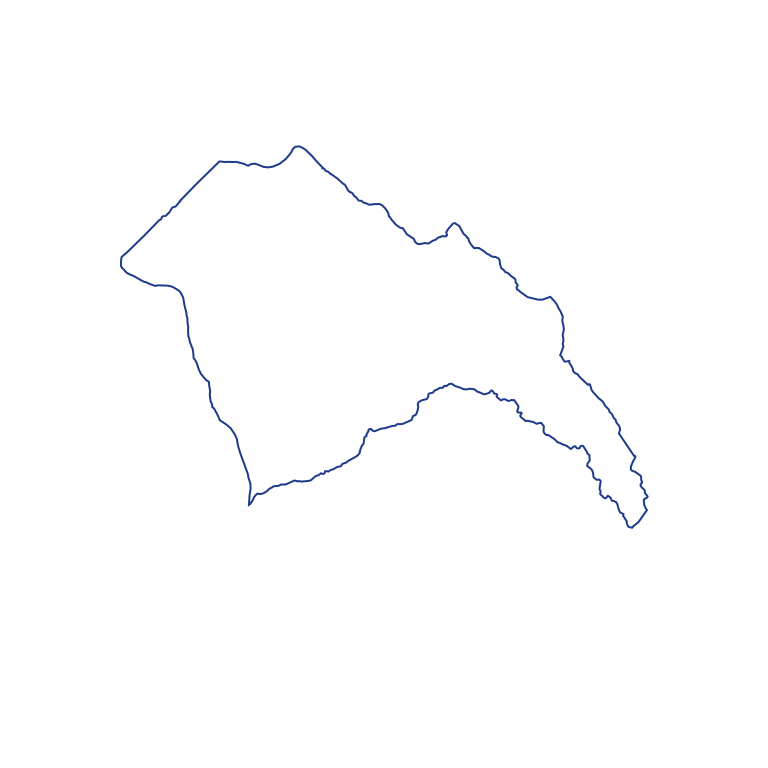 El Pan, Azuay, Ecuador (Mercator projection), rotated 122°
{"feature_id": "8360857B8773690858711", "entity_name": "El Pan", "entity_type": "district", "adm_level": 2, "iso_a3": "ECU", "parent_name": "Ecuador", "parent_adm1": "Azuay", "projection": "mercator", "projection_center": [-78.655, -2.839], "detail": "fine", "context": "isolated", "style": "outline", "palette": "blue", "viewbox_px": 768, "rotation_deg": 122, "n_neighbors": 0, "source": "geoboundaries", "source_scale": "gbopen_adm2", "svg_char_len": 6159}
<svg xmlns="http://www.w3.org/2000/svg" viewBox="0 0 768 768"><g transform="rotate(122 384 384)"><path d="M558.0,434.5L556.6,433.9L552.6,433.7L548.2,434.2L544.3,433.5L542.6,430.2L540.8,428.5L537.2,426.6L533.3,425.6L531.3,424.2L529.9,423.9L528.1,422.0L526.4,419.6L523.8,418.0L521.3,414.1L513.6,409.0L512.9,407.9L512.5,406.0L511.3,404.4L510.5,402.3L505.6,395.9L503.8,394.8L499.4,393.6L497.6,392.7L497.2,392.1L496.0,391.2L493.2,390.2L492.7,388.3L492.0,387.4L491.0,387.1L489.4,387.7L488.4,386.6L487.7,384.7L485.1,383.7L483.6,382.1L479.3,379.8L476.7,377.1L474.3,377.0L473.5,376.7L470.5,374.3L468.8,373.9L459.7,368.9L458.2,368.4L456.2,368.2L455.1,368.1L454.1,368.8L453.2,368.8L451.8,369.5L450.3,369.6L448.6,370.0L445.6,369.8L444.8,370.0L440.0,372.2L439.1,372.2L437.3,371.3L436.1,372.1L432.7,372.2L430.8,372.8L429.2,371.6L429.1,370.4L429.5,369.1L429.5,367.8L428.7,366.6L423.5,362.9L421.0,359.8L415.0,354.6L413.6,352.5L410.9,351.4L409.0,348.3L407.8,346.9L400.3,341.8L399.3,341.6L396.2,342.4L395.3,342.1L393.8,340.9L392.5,340.7L389.3,341.3L385.6,342.6L382.8,344.9L380.5,344.8L377.3,342.9L374.1,339.7L371.6,339.7L369.1,340.9L368.3,340.8L365.4,338.0L362.7,337.6L361.0,336.3L357.7,334.6L356.1,332.2L353.8,332.0L353.4,331.6L352.9,330.1L349.4,328.7L347.9,326.7L348.0,322.5L346.7,317.3L346.3,314.0L345.2,311.7L342.4,308.5L340.6,304.6L341.0,300.4L340.4,298.4L339.9,294.0L338.7,292.5L335.8,290.1L333.1,289.7L332.4,289.3L332.4,288.1L333.7,285.2L332.9,283.7L332.9,282.7L333.3,282.2L334.7,282.0L335.1,281.7L336.0,276.2L335.4,275.6L334.1,275.2L332.8,273.4L332.6,269.9L331.8,268.7L330.2,267.6L328.7,265.0L331.4,258.5L332.9,257.5L336.2,256.7L337.0,256.0L336.8,254.5L335.6,252.8L335.7,251.9L335.9,251.7L338.6,251.7L339.5,250.7L340.3,244.1L338.9,242.5L338.4,240.4L337.2,237.7L336.8,233.3L334.6,231.5L333.8,229.7L335.1,226.1L339.8,223.5L340.5,222.4L341.2,220.1L341.0,218.8L340.2,217.7L340.4,210.4L341.4,205.8L340.8,203.9L340.7,201.2L339.6,196.3L340.1,191.4L339.4,190.7L337.0,190.2L336.0,189.5L335.5,188.7L336.2,186.6L335.6,185.0L334.8,184.1L333.0,184.4L332.3,184.2L331.2,183.1L331.1,182.3L333.7,176.5L335.1,174.7L335.4,172.2L335.7,171.9L338.4,170.1L339.3,169.2L340.3,169.0L343.4,169.3L345.8,168.3L346.4,163.0L346.9,161.8L348.6,159.6L351.6,157.3L352.2,156.3L352.6,153.1L351.2,151.1L351.0,150.3L351.6,148.7L358.1,146.0L359.4,145.0L360.1,143.5L361.9,142.8L362.9,142.2L363.3,139.7L363.9,137.9L363.8,136.1L362.9,135.2L360.4,135.0L360.1,134.4L360.3,131.8L362.2,129.0L361.4,126.9L361.2,124.5L362.3,122.4L365.5,119.0L367.7,116.0L367.5,111.9L369.1,111.3L371.7,105.5L373.7,104.1L374.4,103.1L375.4,101.4L375.4,100.3L374.4,97.4L372.9,97.3L366.3,95.0L351.6,94.2L350.7,96.2L348.4,99.6L347.7,99.8L345.4,101.8L344.4,102.2L343.4,102.1L341.1,100.8L339.9,100.7L339.4,101.4L338.2,104.8L336.3,106.3L335.7,107.3L335.2,110.4L334.3,112.5L332.8,113.3L331.1,112.9L330.3,113.2L329.1,115.0L326.4,116.8L325.8,117.7L325.4,124.3L326.1,127.9L325.7,129.3L323.3,130.8L317.9,131.8L313.2,132.0L312.2,132.6L312.0,133.3L312.4,134.0L301.4,158.6L297.8,159.5L296.4,160.6L294.8,162.6L293.9,165.6L293.2,166.9L291.4,168.9L291.2,170.9L288.7,174.7L288.2,177.8L286.5,179.9L285.3,184.8L282.9,189.3L282.3,194.6L280.0,202.8L279.0,204.9L275.3,209.0L275.6,210.1L276.5,210.4L276.4,211.8L274.3,222.1L273.1,225.1L273.5,228.1L272.9,230.1L272.2,231.1L271.1,231.9L270.0,233.6L268.1,237.6L266.3,239.2L269.0,242.1L269.2,242.8L268.4,245.0L266.7,247.8L266.3,249.8L257.1,251.7L255.1,253.9L252.7,254.5L250.2,256.2L248.0,258.3L242.6,260.3L239.0,263.1L238.1,264.3L235.9,266.3L232.1,268.1L228.8,272.9L226.7,277.1L225.5,278.6L224.1,281.6L222.2,288.0L222.0,289.2L228.5,294.3L231.0,298.5L232.6,303.4L234.2,308.2L233.6,317.7L233.1,320.4L233.3,321.4L231.8,322.9L230.1,322.6L229.2,323.2L228.0,326.3L225.9,327.8L225.3,329.5L225.1,333.4L224.2,337.8L224.8,340.4L223.8,343.2L223.7,345.7L221.0,349.0L217.7,351.6L216.8,353.5L217.2,357.0L218.1,358.3L218.8,360.7L218.6,363.3L219.0,365.8L218.4,369.5L218.4,375.5L219.9,378.2L220.8,378.9L220.9,380.2L219.4,384.5L218.1,387.1L215.7,389.9L215.7,391.5L215.0,392.3L214.5,396.1L210.2,403.8L210.0,409.2L211.4,410.5L217.6,411.6L222.3,411.7L224.4,409.4L225.8,409.6L227.0,411.3L227.8,413.2L229.8,414.3L230.8,415.5L234.3,416.7L236.9,418.7L240.8,420.4L241.7,421.4L242.6,423.8L246.5,427.9L247.2,429.3L247.4,430.7L247.0,432.8L245.1,435.8L244.9,444.0L241.9,450.5L242.9,453.1L242.6,458.2L240.7,464.5L239.5,467.0L239.2,468.5L238.6,469.4L237.3,470.3L236.3,471.8L234.6,475.4L233.5,479.9L233.5,482.4L234.8,485.0L235.7,485.8L236.1,487.1L237.5,488.5L239.8,491.5L240.3,495.4L240.9,496.6L241.0,498.0L240.6,500.1L241.8,502.5L241.4,504.2L240.4,506.5L240.4,508.7L239.0,511.7L238.9,513.4L239.4,514.4L238.9,516.7L235.6,523.1L235.9,524.2L234.5,532.0L234.0,539.9L234.3,540.5L233.6,543.4L234.1,546.8L233.2,548.5L233.2,549.9L233.6,550.4L233.1,550.5L230.7,559.8L228.9,565.6L226.9,574.8L227.0,580.5L228.0,582.6L229.7,584.8L232.6,585.8L237.3,585.4L245.1,586.5L252.6,589.2L258.5,593.4L261.8,597.2L263.7,601.2L265.0,608.1L265.8,610.7L268.1,613.4L270.7,614.7L271.1,615.7L271.5,619.5L274.0,627.2L275.4,629.1L279.1,635.4L279.9,636.1L282.1,641.0L282.8,641.6L315.2,649.4L336.8,654.0L337.1,653.6L337.6,654.1L339.2,654.1L343.4,654.7L344.1,654.9L344.7,655.6L346.3,656.8L347.2,657.1L353.0,657.0L354.5,657.8L356.1,657.8L357.2,658.4L358.9,660.3L359.7,660.7L360.5,660.8L361.9,660.3L363.1,660.6L364.0,661.4L385.3,666.0L407.8,671.5L415.3,673.8L417.0,673.2L420.8,671.2L423.1,669.7L424.1,668.3L426.0,661.2L425.9,658.5L425.1,653.6L424.6,642.2L423.6,638.9L423.4,635.9L422.1,630.2L421.6,629.3L420.7,628.8L419.7,627.3L415.3,619.7L414.1,616.5L413.6,613.6L413.5,608.0L414.1,605.2L417.1,600.1L422.8,595.1L428.3,589.4L430.9,587.4L432.3,585.6L435.6,583.5L439.7,580.0L442.1,578.8L447.3,575.1L448.5,573.5L451.8,570.3L453.0,568.3L454.6,566.6L455.2,565.2L458.6,562.3L463.0,559.1L463.6,557.1L465.2,554.3L469.6,549.0L472.4,544.7L474.8,537.6L475.0,533.6L478.8,530.8L479.8,529.6L482.6,527.4L484.8,526.5L490.2,522.2L492.3,519.2L494.6,517.3L494.6,516.1L495.2,514.3L499.2,507.5L501.7,504.2L501.9,496.3L502.8,490.5L505.7,484.0L508.4,479.9L514.0,474.8L519.2,468.8L532.6,451.6L535.3,449.3L539.1,444.7L543.2,441.8L549.7,439.0L558.0,434.5Z" fill="none" stroke="#1e3a8a" stroke-width="2"/></g></svg>